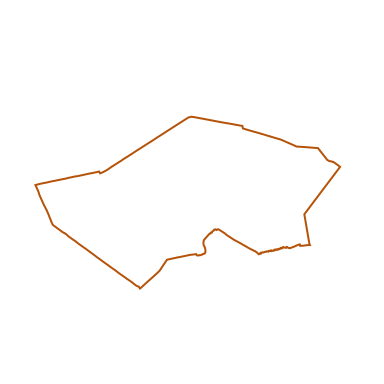 Tri Ton, An Giang, Vietnam, rotated 130°
{"feature_id": "81297802B61282348708206", "entity_name": "Tri Ton", "entity_type": "district", "adm_level": 2, "iso_a3": "VNM", "parent_name": "Vietnam", "parent_adm1": "An Giang", "projection": "equal_earth", "projection_center": [104.991, 10.41], "detail": "fine", "context": "isolated", "style": "outline", "palette": "amber", "viewbox_px": 384, "rotation_deg": 130, "n_neighbors": 0, "source": "geoboundaries", "source_scale": "gbopen_adm2", "svg_char_len": 5399}
<svg xmlns="http://www.w3.org/2000/svg" viewBox="0 0 384 384"><g transform="rotate(130 192 192)"><path d="M299.4,169.8L298.6,169.6L288.7,168.3L283.5,167.5L278.5,166.8L275.9,166.5L273.4,166.2L271.4,166.4L262.4,167.4L260.9,167.5L260.1,167.7L259.4,167.2L257.4,165.7L255.9,164.5L253.0,162.2L252.1,161.6L251.5,161.1L250.1,159.9L248.7,158.8L247.3,157.7L241.0,152.7L238.7,150.5L236.9,148.8L237.3,148.1L237.2,147.6L237.3,147.2L237.2,147.0L236.8,146.7L236.3,146.2L236.1,146.0L236.0,145.9L235.7,145.9L235.6,145.7L235.5,145.4L235.0,145.0L234.8,144.8L234.3,144.5L233.8,144.3L233.7,144.3L233.5,144.2L233.4,144.0L233.3,143.9L233.1,143.8L232.8,143.8L232.5,143.8L232.1,143.7L231.9,143.5L231.9,143.4L231.7,143.1L231.4,142.9L231.2,142.9L230.3,142.7L230.1,142.7L229.7,143.0L229.0,143.5L228.6,143.8L228.1,144.2L226.8,145.6L226.6,145.9L226.3,146.5L226.0,147.0L225.7,147.4L225.6,147.7L225.5,148.3L225.3,148.7L225.0,149.2L224.1,150.1L223.2,150.9L222.4,151.4L221.9,151.7L221.5,151.9L220.8,151.9L220.5,152.0L213.3,151.8L213.0,151.6L212.6,151.6L212.1,151.6L211.9,151.3L211.8,151.2L211.3,151.4L211.0,151.4L210.8,151.4L210.6,151.1L210.6,150.9L210.4,150.7L209.7,151.0L209.4,151.0L208.9,150.9L208.5,150.8L208.1,150.8L207.7,150.7L207.3,150.5L207.1,150.5L206.9,150.6L206.8,150.8L206.6,150.8L206.4,150.7L206.2,150.4L205.6,150.1L205.4,149.9L205.4,149.5L205.5,149.3L205.5,148.9L205.4,148.7L204.6,148.5L204.3,148.4L204.0,148.3L203.8,148.1L203.6,147.8L203.6,147.5L203.1,144.5L202.8,141.9L202.6,140.4L202.6,138.9L202.6,137.2L202.5,136.5L201.9,131.5L201.6,129.0L201.2,127.1L200.6,124.2L200.1,121.9L199.7,119.2L199.0,115.7L198.5,112.6L198.0,110.2L197.5,108.5L197.5,108.1L197.3,107.5L197.2,106.9L196.9,105.8L196.7,105.4L196.7,104.9L196.7,104.3L196.6,103.4L196.7,102.1L196.7,100.7L196.4,100.6L196.2,100.7L195.9,100.5L195.8,100.4L195.6,100.3L195.3,100.3L195.1,100.4L194.8,100.4L194.7,100.4L194.7,99.9L194.8,99.6L194.7,99.6L193.9,99.5L193.5,99.5L193.3,99.5L192.8,99.1L192.5,98.7L192.4,98.6L192.2,98.4L192.2,98.2L191.6,98.0L191.3,98.0L191.2,97.9L191.1,97.7L190.9,97.4L190.5,97.3L190.3,97.1L190.1,97.0L190.0,96.9L189.9,96.7L189.6,96.6L189.4,96.6L189.1,96.3L189.0,96.1L189.0,95.9L188.9,95.6L188.8,95.3L188.6,95.3L188.1,95.3L187.7,95.0L187.6,94.9L187.5,95.0L187.4,94.9L187.3,94.4L187.2,94.2L186.8,94.2L186.7,94.3L186.6,94.2L186.5,93.8L186.5,93.7L186.4,93.5L185.8,93.8L185.7,93.7L185.6,93.1L185.5,92.8L185.4,92.5L185.3,92.4L185.2,92.4L184.9,92.3L184.8,92.1L184.5,92.1L184.4,92.0L184.4,91.9L184.3,91.7L184.2,91.5L183.8,91.6L183.4,91.8L183.2,91.8L183.1,91.7L183.0,90.9L182.8,90.8L182.7,90.7L182.5,90.8L182.3,90.9L182.0,90.8L181.8,90.7L181.6,90.2L181.5,89.8L181.5,89.6L180.9,89.6L180.7,89.1L180.2,89.1L179.9,89.1L179.7,88.7L179.6,88.3L179.5,88.1L179.2,88.0L178.6,88.2L177.9,88.2L177.7,88.0L177.7,87.7L177.7,87.3L177.6,87.0L177.5,86.9L177.4,86.9L177.2,86.9L176.6,87.0L176.3,87.0L176.3,86.7L176.0,86.8L175.7,86.8L175.5,86.7L175.4,86.3L174.7,84.7L174.4,84.6L174.3,84.2L174.2,84.0L174.1,83.9L173.6,84.0L173.3,84.1L173.1,84.1L173.0,83.9L173.0,83.1L172.8,82.2L172.6,81.7L172.4,81.3L172.1,81.1L172.0,80.8L168.5,78.8L165.2,77.2L163.0,76.0L162.8,75.6L163.2,75.0L163.5,74.8L163.7,74.5L162.8,73.5L162.6,73.3L161.1,71.8L159.4,70.3L157.9,68.8L157.1,67.9L156.8,67.6L156.3,68.7L136.9,91.6L126.1,92.2L77.6,94.7L77.6,95.2L77.6,97.3L77.7,98.3L77.8,99.4L77.9,100.7L78.1,102.8L78.2,103.1L78.3,103.3L78.3,103.5L78.7,103.8L79.0,105.2L79.5,105.7L79.7,106.0L80.0,106.4L80.5,109.2L80.4,109.4L77.4,123.7L81.6,129.6L86.4,136.3L90.1,141.3L90.3,142.4L94.7,157.5L97.2,163.2L104.6,180.3L106.9,185.3L109.4,191.0L110.6,193.9L109.3,195.5L109.0,195.9L113.1,202.9L113.8,204.3L117.4,210.4L120.8,216.3L124.2,222.4L132.0,236.3L134.6,240.7L136.6,242.2L137.3,242.7L143.4,244.6L160.3,249.9L165.6,251.5L171.6,253.4L178.0,255.3L184.2,257.3L190.6,259.3L195.0,260.7L197.0,261.3L200.7,262.4L209.9,265.3L210.6,265.6L213.1,266.2L216.6,267.3L222.3,269.1L224.4,269.8L226.4,270.3L228.9,271.0L229.7,271.2L234.4,273.1L235.7,273.8L236.8,274.4L236.7,274.7L236.2,275.8L236.0,276.2L237.0,277.0L238.0,277.8L242.0,280.9L243.4,282.1L253.6,290.0L255.6,291.9L258.2,293.8L261.4,296.4L262.3,296.9L263.0,297.4L264.9,299.0L268.3,301.7L270.3,303.3L271.1,303.9L273.0,305.5L275.7,307.6L277.1,308.6L278.5,309.7L281.2,311.9L283.9,314.0L287.3,316.4L290.1,310.6L290.8,309.3L291.8,307.9L292.2,307.2L293.0,305.6L294.0,303.6L296.1,299.2L296.8,297.8L296.9,297.5L297.1,297.2L298.1,294.7L298.8,293.0L299.4,291.6L300.1,290.2L301.0,288.3L302.1,286.3L302.8,285.1L303.4,283.8L304.1,282.6L305.1,280.8L305.6,279.8L306.6,277.7L306.6,276.8L306.6,276.2L306.5,274.9L306.4,273.3L306.1,268.4L305.8,264.3L305.8,264.1L305.7,263.9L305.5,263.7L305.4,263.5L305.4,262.8L305.4,262.3L305.2,260.9L305.3,259.4L305.4,258.5L305.4,258.3L305.3,256.9L305.0,252.9L304.6,249.2L304.6,246.6L304.1,239.6L303.8,236.6L303.6,233.4L303.4,230.3L303.2,227.2L303.1,225.5L303.0,222.2L302.9,221.4L302.7,218.7L302.5,215.3L302.3,212.9L301.8,205.7L301.6,203.3L301.5,202.5L301.5,202.3L301.4,201.2L301.3,200.0L301.2,197.7L301.2,196.5L301.0,194.2L300.9,193.0L300.6,189.4L300.6,188.9L300.5,188.6L300.5,188.2L300.4,187.7L300.4,187.2L300.4,186.5L300.4,186.3L300.4,186.0L300.2,185.1L300.1,184.1L300.1,183.8L299.9,182.1L299.9,181.3L299.8,180.5L299.8,180.2L299.7,179.8L299.7,178.7L299.8,178.3L299.7,177.7L299.7,176.6L299.6,175.8L299.6,175.4L299.6,174.6L299.4,173.8L299.2,173.2L299.2,172.9L298.9,172.3L298.7,172.0L299.4,169.8Z" fill="none" stroke="#b45309" stroke-width="2"/></g></svg>